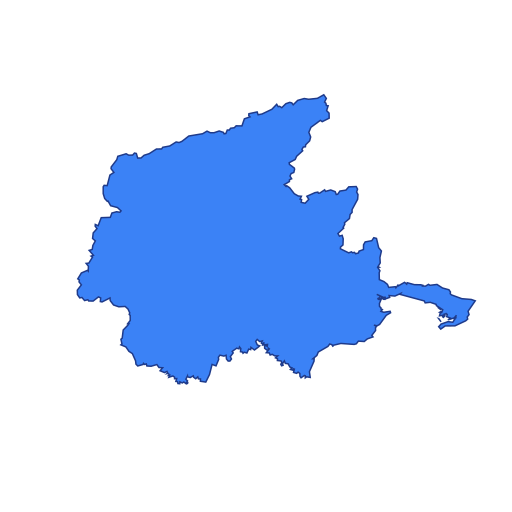 Friuli Venezia Giulia, Udine, Italy, rotated 334°
{"feature_id": "23120603B53770696546298", "entity_name": "Friuli Venezia Giulia", "entity_type": "district", "adm_level": 2, "iso_a3": "ITA", "parent_name": "Italy", "parent_adm1": "Udine", "projection": "natural_earth1", "projection_center": [13.386, 46.114], "detail": "fine", "context": "isolated", "style": "filled", "palette": "blue", "viewbox_px": 512, "rotation_deg": 334, "n_neighbors": 0, "source": "geoboundaries", "source_scale": "gbopen_adm2", "svg_char_len": 6149}
<svg xmlns="http://www.w3.org/2000/svg" viewBox="0 0 512 512"><g transform="rotate(334 256 256)"><path d="M251.5,388.9L253.3,383.4L262.0,376.0L263.2,373.9L262.1,373.3L267.1,372.1L269.9,369.6L281.0,368.8L283.7,367.4L285.3,368.9L285.6,371.5L285.4,369.9L293.9,371.8L305.5,378.5L307.7,378.9L310.7,377.4L315.8,380.3L319.8,379.3L325.7,380.0L325.3,378.1L330.8,375.4L332.0,372.8L333.7,372.0L331.7,369.8L334.2,371.8L337.1,371.7L347.1,366.4L352.1,366.0L352.3,364.5L346.2,362.6L344.0,360.5L346.1,359.5L345.1,358.4L345.6,357.2L344.9,355.5L346.1,352.8L350.5,348.9L351.7,350.9L351.9,351.0L350.6,348.4L348.9,349.8L347.2,348.8L346.8,347.9L347.5,347.5L348.4,348.4L349.6,346.8L351.0,347.5L347.7,343.4L353.0,349.7L354.5,349.4L353.3,350.3L353.5,351.3L358.0,351.8L358.3,349.9L363.3,352.9L369.7,353.1L368.7,353.7L387.5,370.1L387.5,372.3L392.3,374.0L396.7,378.4L396.4,379.7L400.3,386.2L398.0,388.3L397.3,387.6L398.1,387.1L396.5,387.1L397.0,387.6L394.7,390.2L398.7,391.3L397.1,392.4L397.5,393.3L399.6,392.6L399.7,390.8L401.3,391.2L400.9,391.9L401.7,391.2L402.3,392.4L400.8,394.1L403.7,397.2L403.2,397.9L402.1,397.3L401.2,397.6L401.3,397.7L407.1,398.5L410.2,397.1L408.2,398.5L409.2,399.3L407.0,398.8L406.5,400.1L405.6,399.8L406.6,400.2L403.8,401.8L399.9,399.2L392.5,398.3L389.2,399.6L390.0,402.7L395.4,401.8L404.2,406.0L416.0,406.2L418.6,405.5L419.1,403.4L421.8,402.1L422.4,398.6L433.4,392.4L430.4,389.4L422.3,384.6L414.6,376.6L414.0,375.0L415.0,373.6L414.6,370.9L409.6,366.5L406.2,360.9L399.5,358.6L398.6,357.1L395.1,357.4L392.5,356.0L393.1,355.5L391.5,354.1L385.8,351.2L380.2,346.3L379.1,347.4L378.0,344.8L370.9,345.2L370.8,344.4L367.8,345.9L367.8,344.7L361.5,342.4L361.7,339.1L359.8,335.1L356.5,331.3L359.4,325.0L360.9,323.6L360.4,319.8L361.8,320.1L361.0,319.0L364.6,316.7L366.7,311.7L370.9,306.5L369.9,302.3L372.0,293.0L369.9,291.2L366.8,293.0L360.3,291.2L357.6,293.0L355.4,297.3L350.8,296.8L349.4,298.2L346.5,297.6L346.1,295.9L344.2,295.4L343.6,294.1L340.7,293.8L335.0,286.5L335.9,285.0L339.0,284.2L341.9,278.8L342.5,275.2L339.7,274.7L339.5,271.7L347.0,269.4L346.8,268.5L349.7,266.4L350.1,264.9L356.4,263.3L358.8,259.9L361.5,258.9L362.7,256.4L372.2,249.6L374.6,245.5L374.5,242.6L376.6,240.4L376.5,237.5L369.7,234.5L365.7,236.2L359.9,234.4L356.5,236.3L355.1,235.9L355.4,232.9L352.1,229.4L346.8,228.4L346.7,226.6L340.9,227.4L339.6,226.9L339.6,225.7L336.8,224.9L327.9,224.6L328.3,228.2L323.3,230.1L320.1,227.6L321.7,225.3L320.5,224.2L323.0,222.2L320.3,220.6L317.7,216.8L316.2,209.5L314.4,206.3L313.5,206.7L312.6,204.2L318.7,203.7L319.5,202.1L321.9,202.2L321.6,199.0L323.7,197.3L326.6,197.5L328.7,195.0L329.0,193.8L326.2,188.3L326.7,186.7L333.6,186.4L336.2,184.2L344.1,181.9L344.0,180.3L346.3,178.8L348.3,179.5L349.4,177.8L354.7,176.0L357.3,173.0L357.7,168.0L361.8,164.4L373.3,162.3L374.4,164.3L382.2,164.2L384.3,159.6L383.2,156.3L386.7,152.6L385.2,151.6L385.8,149.3L385.1,147.7L388.3,145.2L387.6,140.8L380.3,141.2L372.0,138.2L368.4,135.6L361.7,134.4L355.7,136.4L355.3,134.1L353.7,132.7L349.6,132.2L344.2,134.0L342.8,131.8L341.4,131.5L341.1,128.7L334.6,131.1L323.7,131.0L319.8,130.0L320.2,127.0L312.0,125.0L311.1,126.5L311.6,128.3L305.7,127.6L300.4,132.9L295.2,130.3L292.7,131.2L289.1,130.0L287.3,131.1L285.4,130.2L282.6,132.7L280.9,132.2L280.9,130.6L277.7,127.5L272.3,126.8L269.0,125.2L266.7,122.3L261.6,122.7L248.2,118.7L239.6,120.5L236.6,120.3L234.2,118.5L226.7,119.3L219.8,117.4L218.1,118.4L213.4,116.2L204.9,117.2L199.6,116.4L195.6,117.5L192.6,116.1L193.4,111.4L191.9,110.2L189.4,111.2L185.8,109.6L184.1,107.2L175.5,105.8L173.1,108.4L164.9,112.5L164.0,114.0L164.9,118.6L160.2,119.2L153.1,127.5L150.5,125.9L149.0,126.8L146.0,133.0L145.2,138.0L146.3,141.7L147.1,141.8L147.4,147.1L152.7,151.7L154.5,156.3L152.8,157.0L150.1,155.1L145.3,154.2L142.0,157.4L133.7,153.7L127.4,159.6L125.4,157.2L124.5,158.7L125.1,161.7L119.8,163.9L116.8,168.6L118.2,172.0L114.0,175.0L111.7,178.3L108.5,177.8L110.2,184.1L107.7,183.8L108.5,185.4L102.6,189.1L100.1,188.2L100.9,191.7L98.6,196.0L98.3,195.0L91.6,194.7L85.8,198.4L86.7,200.1L85.6,201.7L86.4,205.4L80.4,208.4L78.6,212.4L79.2,216.4L81.4,217.0L82.4,220.9L85.7,221.6L85.9,223.1L89.9,225.1L96.5,223.7L98.0,225.6L96.1,228.7L97.5,229.8L106.4,229.7L105.4,232.2L106.5,237.6L110.4,241.5L116.3,244.0L117.7,247.5L117.6,251.7L116.4,253.0L116.9,254.2L114.7,258.8L111.0,260.6L112.0,261.2L110.3,262.1L104.2,264.3L99.7,271.2L98.1,271.6L97.0,276.2L95.6,276.6L99.2,280.7L100.0,286.0L102.1,289.5L101.8,297.4L100.7,300.6L101.5,303.0L107.0,304.0L107.8,303.2L108.3,304.6L110.1,304.9L109.7,307.0L113.4,309.1L119.3,310.1L119.9,313.7L123.1,315.5L119.5,317.1L122.7,320.7L125.4,320.7L125.3,322.5L124.4,322.7L125.7,323.2L126.0,324.8L125.3,325.0L126.2,325.3L124.5,326.8L128.7,327.4L129.7,329.2L129.0,330.6L131.0,331.4L129.0,333.6L130.4,334.5L129.9,336.4L131.5,337.4L132.4,335.7L134.1,337.8L135.9,337.6L137.3,340.4L138.6,340.5L139.1,340.0L138.3,339.1L139.7,338.3L138.9,336.0L141.8,333.8L141.5,334.6L143.6,336.4L147.1,336.2L146.8,337.6L148.0,339.9L150.7,339.1L150.4,341.2L152.2,342.2L151.1,344.2L155.6,347.3L162.2,342.2L169.0,334.2L171.9,337.2L177.1,332.6L177.8,330.5L180.1,329.3L183.3,331.9L185.6,332.1L184.3,335.6L184.9,338.2L186.5,339.0L188.8,337.8L188.8,335.2L193.0,333.1L192.8,331.3L198.2,330.4L200.0,332.0L201.3,330.5L201.8,332.5L200.1,335.2L201.7,336.4L201.7,337.7L203.2,337.3L205.3,339.2L208.6,336.5L210.2,337.8L211.4,335.9L213.4,339.8L217.7,339.0L219.9,338.4L218.2,336.5L218.3,332.6L220.5,331.5L221.8,334.5L224.4,335.1L222.6,336.6L223.3,338.1L225.6,337.3L223.1,339.0L227.6,340.5L226.5,342.2L225.4,340.5L224.2,340.8L223.3,342.8L224.8,345.7L225.8,345.9L226.7,344.3L227.2,345.3L222.9,347.4L225.5,349.0L225.3,351.2L227.5,351.5L229.0,353.9L231.7,355.3L228.9,356.1L230.3,357.7L229.4,359.3L232.5,361.3L232.5,363.0L230.8,364.2L230.9,365.9L232.4,366.1L232.7,364.3L235.5,362.7L235.3,365.4L237.6,366.9L237.8,370.7L239.3,372.3L237.2,373.1L239.0,374.7L240.1,373.8L240.9,374.5L238.7,377.1L241.1,379.3L242.9,378.8L243.9,380.8L242.8,383.4L243.1,385.2L247.1,384.6L247.8,385.3L246.9,387.1L248.6,386.8L251.5,388.9ZM398.0,383.3L397.5,383.1L398.7,385.6L398.0,383.3ZM393.5,396.3L392.8,392.4L392.7,392.3L393.5,396.3Z" fill="#3b82f6" stroke="#1e3a8a" stroke-width="1.5"/></g></svg>